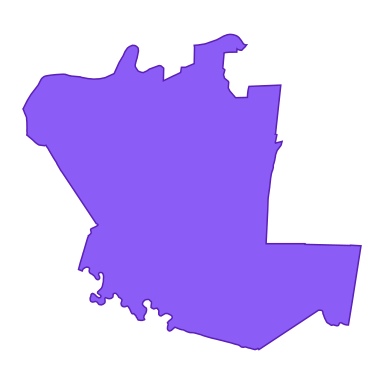 C.A. Rosetti, Buzau, Romania (Equal Earth projection)
{"feature_id": "2599482B61435890131280", "entity_name": "C.A. Rosetti", "entity_type": "district", "adm_level": 2, "iso_a3": "ROU", "parent_name": "Romania", "parent_adm1": "Buzau", "projection": "equal_earth", "projection_center": [27.145, 45.049], "detail": "fine", "context": "isolated", "style": "filled", "palette": "violet", "viewbox_px": 384, "rotation_deg": 0, "n_neighbors": 0, "source": "geoboundaries", "source_scale": "gbopen_adm2", "svg_char_len": 5792}
<svg xmlns="http://www.w3.org/2000/svg" viewBox="0 0 384 384"><path d="M258.9,349.6L318.7,310.1L319.0,310.2L321.2,310.3L322.0,310.6L322.5,311.3L322.8,311.8L323.0,313.6L323.2,314.3L323.5,314.7L324.1,316.6L324.9,318.6L325.8,320.3L326.1,321.0L326.8,322.2L327.2,322.6L328.0,323.2L329.3,323.9L330.8,325.0L331.5,325.3L332.6,325.0L333.6,324.9L336.0,325.6L337.0,325.8L338.3,325.5L338.5,325.3L339.4,323.3L340.1,322.8L341.0,322.8L341.8,323.0L343.0,323.8L345.0,324.6L346.5,324.9L348.4,325.0L352.4,300.5L361.0,245.8L350.5,245.2L350.5,245.5L305.0,244.4L305.0,243.7L304.4,243.7L301.5,243.7L266.1,243.7L267.7,210.7L268.1,198.6L268.7,194.1L269.7,187.1L269.9,185.0L270.7,177.9L271.4,173.7L272.3,170.6L272.5,170.5L273.3,167.5L273.3,165.4L273.5,164.4L273.8,163.7L274.6,160.8L275.5,155.9L275.4,155.4L277.1,150.5L280.4,146.2L281.0,145.3L281.2,144.8L282.1,141.4L275.5,143.1L275.3,142.6L276.9,134.7L275.4,134.2L275.6,134.0L275.5,133.8L280.8,85.1L249.0,86.4L248.5,88.2L248.0,90.7L247.6,94.0L247.4,97.4L235.6,97.7L229.9,91.1L228.5,88.5L228.3,87.5L228.7,82.5L228.6,81.9L228.2,81.2L225.3,78.9L224.4,78.0L224.3,77.3L223.5,74.8L224.8,70.2L224.8,69.8L224.7,69.6L222.8,68.2L224.1,52.9L226.1,52.5L229.9,52.2L236.8,52.1L237.0,48.9L237.5,49.3L239.7,50.1L241.1,50.3L241.8,50.2L243.3,48.6L245.4,46.6L245.9,45.7L246.6,44.8L245.0,44.8L243.5,43.9L241.1,40.3L239.0,37.6L237.6,36.4L236.1,35.6L233.3,34.7L230.9,34.4L229.5,34.4L227.1,34.8L223.4,36.2L219.7,38.3L216.6,39.9L212.9,41.2L205.0,43.9L198.3,45.0L194.2,45.3L194.5,47.3L194.2,63.6L185.5,67.3L181.4,67.3L180.7,72.2L180.4,72.6L175.9,74.8L173.6,75.8L163.4,80.8L163.7,68.2L161.2,66.0L159.9,65.6L158.9,65.6L149.4,69.1L147.1,70.8L143.2,72.6L140.9,72.2L138.1,71.0L135.9,67.7L135.3,66.6L135.2,64.8L135.9,61.9L137.1,57.9L138.5,50.9L138.1,48.0L136.6,46.4L134.8,45.5L132.4,45.3L129.4,46.6L127.4,48.1L125.0,51.6L123.3,55.5L119.1,62.6L114.1,73.6L105.1,77.7L99.6,78.8L93.7,79.1L88.1,78.6L81.6,77.4L80.3,76.9L78.5,76.7L71.7,76.1L69.2,75.6L65.2,74.3L62.8,74.2L55.9,74.6L50.4,75.2L46.6,75.8L45.0,76.2L43.9,76.7L42.1,78.1L41.1,79.4L38.1,85.2L31.1,94.3L29.2,97.4L27.3,100.5L23.3,108.5L23.0,108.9L24.1,111.4L24.6,112.9L26.3,116.8L26.6,117.8L26.6,119.2L26.9,121.9L27.0,128.3L26.9,130.8L27.1,133.3L26.9,134.1L26.9,135.2L27.3,135.3L28.7,136.6L32.7,139.9L35.3,142.4L36.8,143.6L38.8,144.9L39.2,145.0L43.7,145.6L44.1,145.7L44.5,145.7L46.0,145.3L46.8,146.8L47.9,148.2L48.7,149.7L53.2,157.4L56.8,163.1L56.8,163.5L61.0,170.8L61.6,171.5L96.3,223.7L97.1,223.9L97.7,224.3L97.9,224.5L97.9,224.9L97.8,225.3L96.2,226.4L91.3,228.7L90.9,229.0L90.7,229.3L90.6,229.8L90.7,230.4L91.2,232.2L91.0,233.1L90.8,233.6L89.4,235.0L88.4,235.6L88.6,236.0L88.2,236.6L87.6,238.0L84.0,250.3L83.6,251.8L83.1,253.0L82.8,254.4L80.2,263.0L78.5,269.5L82.2,271.0L82.7,269.7L83.3,268.8L85.0,267.7L86.6,267.1L87.1,267.1L88.6,267.4L89.5,268.5L89.4,269.5L89.1,271.0L89.5,272.4L90.2,273.2L90.9,273.7L91.9,274.1L93.8,275.6L94.6,276.4L95.7,278.3L96.3,279.0L97.2,279.6L98.1,279.7L98.7,279.4L98.9,279.3L99.6,278.5L99.7,277.8L99.5,276.4L98.8,275.4L98.6,274.7L98.7,273.6L99.0,273.1L99.6,272.6L100.6,272.5L101.6,272.6L102.4,273.0L103.1,274.2L103.5,275.9L103.6,276.8L103.4,279.4L103.4,280.8L103.3,281.9L102.5,285.6L102.2,286.7L101.4,288.3L100.5,289.2L97.7,291.8L97.5,292.8L97.7,293.3L100.6,295.4L101.0,296.1L100.7,297.0L100.4,297.4L99.7,297.7L98.8,297.8L97.9,297.3L96.7,296.6L96.1,296.0L95.6,295.3L93.8,293.9L92.7,293.4L91.6,293.9L91.0,294.8L91.0,295.4L90.9,295.9L90.2,297.9L90.1,298.7L90.2,299.8L90.5,300.8L90.9,301.4L91.9,301.9L92.7,302.1L94.2,301.8L95.1,301.5L95.8,301.5L96.7,301.9L97.4,302.4L98.6,304.1L99.3,304.6L101.3,304.9L102.0,304.7L103.3,304.1L104.7,303.0L105.1,301.9L105.0,299.8L104.9,298.9L104.9,298.3L105.5,297.7L105.9,297.7L108.1,298.6L109.2,298.7L110.3,298.6L111.3,298.3L112.7,297.3L113.0,296.5L113.1,295.0L113.3,293.9L114.1,293.4L114.9,293.3L115.9,293.4L117.3,294.7L118.0,295.7L118.7,297.1L120.6,298.3L121.3,299.0L121.9,299.7L122.0,300.1L121.2,302.7L121.0,303.9L121.4,304.7L121.5,305.6L122.1,305.9L122.5,306.4L123.1,306.6L124.1,306.8L125.0,306.8L126.9,306.1L127.6,306.1L128.2,306.6L129.1,308.0L129.9,309.4L131.0,312.0L131.9,313.5L132.4,313.8L133.7,313.6L133.9,313.7L134.1,314.0L134.3,314.4L135.6,315.4L135.9,315.9L136.5,317.3L137.2,318.1L137.6,319.1L138.1,319.9L138.7,320.1L139.9,320.2L140.7,320.4L141.4,320.4L142.1,320.4L143.6,320.0L144.5,319.7L144.7,319.4L144.6,319.1L143.9,318.0L143.8,317.3L143.9,316.5L144.3,315.3L144.8,314.5L145.9,312.9L146.1,312.3L146.1,311.9L146.4,311.3L146.6,309.7L146.4,308.5L145.9,307.7L144.8,307.1L144.2,306.6L142.8,305.0L142.5,304.2L142.7,302.7L143.2,301.8L143.6,301.5L143.9,300.9L145.5,299.7L148.5,299.4L149.2,299.7L149.7,300.2L150.0,300.6L151.2,301.6L151.4,302.1L151.4,302.6L151.4,303.7L151.1,305.4L151.2,306.1L151.1,306.5L151.0,307.3L152.1,308.2L153.6,308.9L154.1,308.9L155.1,308.5L156.2,308.3L157.4,308.3L157.5,308.4L157.7,309.1L158.4,309.7L158.7,310.6L158.9,311.7L158.7,312.2L158.8,313.2L158.7,314.0L158.9,314.5L159.4,315.3L159.8,315.6L160.6,315.9L161.2,315.9L164.9,313.7L165.6,313.5L166.9,313.5L167.8,313.6L169.2,314.3L170.6,315.0L171.8,315.9L172.2,317.1L172.2,317.6L171.9,318.4L170.9,319.4L169.1,320.8L168.0,322.1L167.5,322.4L167.5,322.6L167.5,322.9L168.1,323.9L168.1,325.0L167.6,326.4L167.6,327.0L167.4,328.0L167.5,329.1L167.8,329.8L168.9,330.8L169.6,331.0L170.0,330.9L171.4,330.3L174.9,327.2L179.9,329.2L182.2,329.8L183.2,329.8L187.0,331.7L190.0,332.6L193.3,332.7L194.8,333.0L201.3,334.8L202.9,335.5L207.9,337.0L212.2,338.2L216.8,339.2L219.3,339.9L222.0,340.5L224.9,341.3L231.2,342.9L235.0,344.1L238.3,344.9L239.5,345.5L240.6,346.4L241.1,346.8L241.9,347.1L243.5,347.3L244.5,347.0L245.4,346.9L248.4,347.9L250.0,348.2L252.3,348.9L254.6,349.5L255.2,349.6L255.9,349.2L256.9,349.1L257.3,348.9L257.7,348.5L257.8,348.4L258.2,348.6L258.9,349.6Z" fill="#8b5cf6" stroke="#5b21b6" stroke-width="1.5"/></svg>